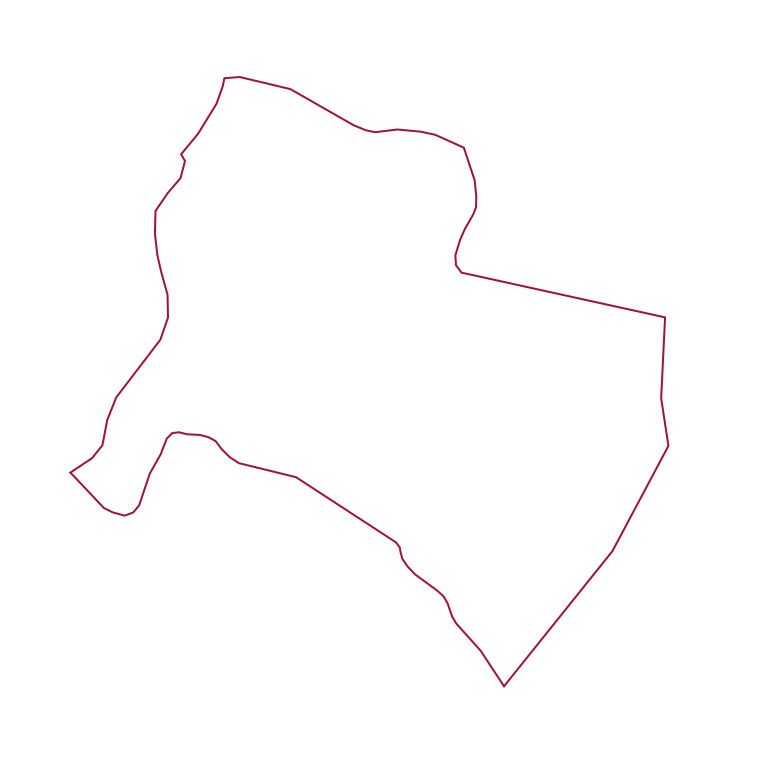 map outline of Karak (Robinson projection), rotated 11°
{"feature_id": "JOR-859", "entity_name": "Karak", "entity_type": "Province", "adm_level": 1, "iso_a3": "JOR", "parent_name": "Jordan", "parent_adm1": "", "projection": "robinson", "projection_center": [35.641, 31.103], "detail": "fine", "context": "isolated", "style": "outline", "palette": "rose", "viewbox_px": 768, "rotation_deg": 11, "n_neighbors": 0, "source": "natural_earth", "source_scale": "10m", "svg_char_len": 1062}
<svg xmlns="http://www.w3.org/2000/svg" viewBox="0 0 768 768"><g transform="rotate(11 384 384)"><path d="M93.0,530.8L111.6,512.5L119.3,497.8L119.2,472.2L123.7,448.3L156.0,383.2L159.3,360.0L154.5,337.7L144.3,317.3L137.0,300.9L130.4,280.0L126.7,257.7L135.3,237.8L145.0,220.7L146.1,203.1L141.0,197.2L153.8,173.7L166.1,140.9L168.9,122.4L169.0,114.3L183.7,110.2L235.8,112.4L304.8,135.8L317.8,138.4L327.3,138.5L348.6,131.6L372.1,129.3L386.6,129.6L417.3,136.8L434.1,166.7L438.8,182.2L440.6,192.9L439.3,200.3L433.8,216.5L431.2,228.0L429.5,243.9L432.0,253.7L438.8,259.9L647.2,265.0L658.8,345.1L675.0,390.5L640.1,504.5L559.5,657.8L529.9,627.5L500.7,605.4L495.2,599.2L488.1,586.9L482.7,580.9L475.5,576.6L450.5,564.8L441.8,558.5L435.4,552.1L432.5,546.3L430.6,541.4L426.0,537.2L315.5,492.3L256.7,489.4L246.8,485.4L237.2,479.0L229.5,472.1L221.7,469.7L213.0,469.1L200.7,470.9L192.0,470.5L185.5,472.6L181.2,479.0L178.2,495.6L171.2,516.7L166.8,549.9L162.3,558.0L154.6,562.7L142.3,561.8L132.7,559.2L98.3,534.5L93.0,530.8Z" fill="none" stroke="#9f1239" stroke-width="2"/></g></svg>